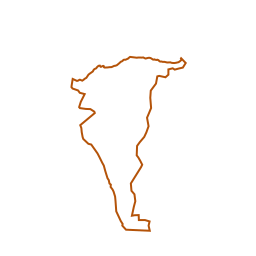 Krowor Municipal, Greater Accra, Ghana (Equal Earth projection), rotated 212°
{"feature_id": "2480657B96734395613726", "entity_name": "Krowor Municipal", "entity_type": "district", "adm_level": 2, "iso_a3": "GHA", "parent_name": "Ghana", "parent_adm1": "Greater Accra", "projection": "equal_earth", "projection_center": [-0.085, 5.613], "detail": "fine", "context": "isolated", "style": "outline", "palette": "amber", "viewbox_px": 256, "rotation_deg": 212, "n_neighbors": 0, "source": "geoboundaries", "source_scale": "gbopen_adm2", "svg_char_len": 2155}
<svg xmlns="http://www.w3.org/2000/svg" viewBox="0 0 256 256"><g transform="rotate(212 128 128)"><path d="M55.1,52.4L58.8,56.1L60.2,60.2L64.9,58.9L70.0,55.7L72.8,59.8L76.2,57.5L78.2,55.7L81.3,64.3L83.0,69.8L87.4,75.2L91.8,76.6L96.2,82.5L96.2,87.1L96.2,91.6L96.2,101.7L96.5,104.4L100.3,106.7L103.7,108.5L106.1,109.4L110.8,117.6L110.5,122.2L109.5,129.0L110.1,134.0L111.5,140.4L117.3,146.8L118.0,151.3L119.0,157.2L125.1,165.4L128.5,171.8L127.8,180.5L130.5,187.3L129.2,188.7L123.1,190.9L122.0,194.6L124.8,199.1L121.7,202.3L119.3,202.3L116.3,205.5L113.5,208.3L113.5,213.7L119.9,215.3L119.9,214.9L119.5,214.7L118.9,214.8L118.6,214.3L118.9,213.6L119.3,212.2L120.0,210.6L121.9,208.7L123.2,207.6L124.2,207.0L125.8,206.3L126.9,206.1L129.5,204.3L132.2,203.4L132.9,202.9L133.6,202.5L135.1,202.0L135.9,201.4L136.8,201.3L138.1,201.7L138.4,201.5L139.2,201.5L139.9,200.8L140.5,200.6L140.9,200.4L141.3,200.2L141.9,200.2L142.1,200.1L142.4,199.7L142.9,199.3L144.6,199.3L145.9,199.3L147.0,198.9L147.9,198.3L148.9,197.3L149.8,196.3L150.4,196.1L152.4,195.9L154.1,194.7L155.1,194.2L156.9,193.0L157.7,192.3L163.9,189.4L164.6,187.6L164.7,186.9L166.0,185.0L166.5,184.4L167.3,184.0L167.9,183.4L168.2,181.9L168.7,181.0L169.2,180.4L169.6,178.8L170.0,177.5L170.7,175.4L171.6,174.2L172.6,173.4L173.9,171.4L174.6,170.6L175.5,170.1L177.6,168.4L179.8,166.9L180.5,166.8L181.3,167.6L182.0,167.5L183.4,165.5L184.1,165.5L184.9,166.0L185.7,165.4L186.1,164.7L186.5,163.3L186.6,161.8L187.6,160.3L187.9,159.4L187.9,158.7L187.8,157.3L189.3,153.7L189.8,152.3L189.9,148.5L190.9,146.6L191.2,145.4L191.9,143.9L193.7,143.6L194.3,143.5L194.7,143.2L195.4,141.8L196.2,140.9L200.9,140.3L198.4,134.4L197.6,132.7L195.9,132.1L192.8,132.8L190.2,133.4L187.6,132.3L182.7,133.8L181.9,125.2L180.5,119.8L179.3,119.4L173.9,121.8L169.9,124.1L165.2,124.0L164.1,123.1L170.0,105.1L167.6,103.3L165.0,99.9L161.7,96.3L160.1,95.0L153.2,93.6L150.4,94.5L140.4,90.3L137.0,88.3L131.5,84.9L128.6,83.3L124.5,79.5L118.7,74.5L116.7,73.6L114.3,71.1L112.6,70.9L111.5,68.8L108.4,67.6L106.5,66.4L102.6,63.0L100.0,59.6L93.8,51.1L84.7,45.2L81.7,43.8L81.1,42.2L75.8,40.7L55.1,52.4Z" fill="none" stroke="#b45309" stroke-width="2"/></g></svg>